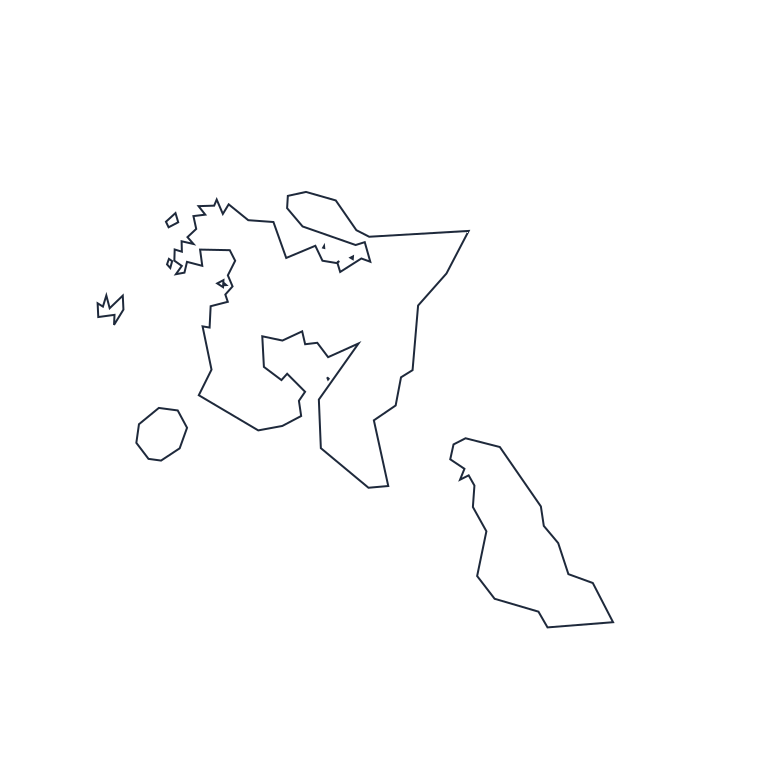 the district of Bima, Nusa Tenggara Barat, Indonesia, rotated 200°
{"feature_id": "22746128B14082340634491", "entity_name": "Bima", "entity_type": "district", "adm_level": 2, "iso_a3": "IDN", "parent_name": "Indonesia", "parent_adm1": "Nusa Tenggara Barat", "projection": "robinson", "projection_center": [118.835, -8.483], "detail": "medium", "context": "isolated", "style": "outline", "palette": "slate", "viewbox_px": 768, "rotation_deg": 200, "n_neighbors": 0, "source": "geoboundaries", "source_scale": "gbopen_adm2", "svg_char_len": 1976}
<svg xmlns="http://www.w3.org/2000/svg" viewBox="0 0 768 768"><g transform="rotate(200 384 384)"><path d="M445.7,390.1L421.8,413.4L439.9,347.1L421.4,302.1L363.1,281.2L345.1,289.6L381.1,346.4L365.7,367.8L370.3,396.1L361.9,406.8L378.8,469.4L363.1,509.2L356.8,556.8L448.3,517.3L462.6,519.1L492.1,540.0L523.0,537.8L538.7,527.9L535.2,516.1L514.4,504.2L458.2,504.9L450.6,510.7L438.7,494.2L448.2,494.2L463.5,474.3L469.0,481.6L484.0,478.8L495.8,490.4L519.0,469.0L543.3,498.4L567.6,491.5L591.4,499.7L593.6,488.7L604.3,500.1L604.6,493.5L619.1,487.7L609.9,482.0L620.5,476.6L613.5,465.5L618.9,454.8L610.9,450.4L623.0,448.9L619.2,439.2L626.7,438.8L623.2,428.2L614.4,425.8L617.1,416.0L609.6,420.4L610.9,431.4L595.2,432.9L602.8,447.4L574.7,457.0L566.0,448.9L567.9,432.7L559.7,423.9L563.7,413.8L558.9,407.8L573.5,397.8L567.2,377.4L574.2,376.1L551.0,338.5L554.2,310.1L486.3,297.4L465.2,309.8L450.9,325.6L458.2,339.1L455.5,349.7L478.5,360.5L481.7,352.6L502.7,359.0L514.7,387.2L494.3,390.1L478.9,405.5L471.7,394.4L460.8,399.9L445.7,390.1ZM296.0,335.9L279.4,331.8L279.8,320.1L273.2,327.1L264.3,319.5L258.4,298.8L237.4,280.6L230.8,235.4L206.6,220.0L161.0,222.9L147.1,211.2L87.3,238.5L119.7,268.4L145.7,268.4L165.9,294.1L185.3,305.3L194.7,322.6L253.6,364.4L288.8,360.9L298.0,351.0L296.0,335.9ZM579.7,233.1L567.3,235.8L554.0,253.7L554.1,275.5L568.8,288.6L587.4,284.5L600.5,262.4L596.6,244.0L579.7,233.1ZM657.9,347.2L654.3,364.8L659.7,377.7L667.7,361.4L675.2,372.2L674.6,360.6L680.7,361.9L675.4,349.2L660.9,356.8L657.9,347.2ZM640.0,457.6L632.7,465.6L638.4,473.3L644.4,461.9L640.0,457.6ZM575.1,421.5L568.4,420.0L570.4,426.7L575.1,421.5ZM624.5,419.9L625.1,427.0L628.9,428.0L628.8,422.2L624.5,419.9ZM458.7,491.2L456.1,490.7L456.8,493.3L458.7,491.2ZM439.7,370.8L438.1,369.1L437.8,370.0L439.7,370.8ZM569.1,424.2L568.1,422.1L566.1,423.0L569.1,424.2ZM487.8,491.3L486.7,491.4L487.5,493.1L487.8,491.3ZM468.1,484.2L469.0,483.1L468.7,482.9L468.1,484.2Z" fill="none" stroke="#1e293b" stroke-width="2"/></g></svg>